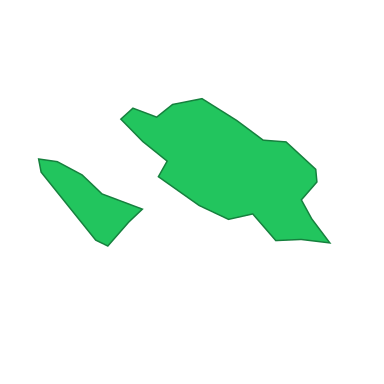 Triesenberg, Mercator projection, rotated 131°
{"feature_id": "LIE-4892", "entity_name": "Triesenberg", "entity_type": "state/province", "adm_level": 1, "iso_a3": "LIE", "parent_name": "Liechtenstein", "parent_adm1": "", "projection": "mercator", "projection_center": [9.569, 47.119], "detail": "fine", "context": "isolated", "style": "filled", "palette": "green", "viewbox_px": 384, "rotation_deg": 131, "n_neighbors": 0, "source": "natural_earth", "source_scale": "10m", "svg_char_len": 550}
<svg xmlns="http://www.w3.org/2000/svg" viewBox="0 0 384 384"><g transform="rotate(131 192 192)"><path d="M167.5,291.6L158.7,267.8L138.7,264.1L115.0,245.7L108.7,205.3L106.2,172.3L92.5,153.9L93.7,113.5L102.5,104.3L126.2,104.3L133.7,84.1L140.0,54.6L156.2,78.5L173.7,96.9L168.7,131.8L188.7,146.5L197.5,177.8L202.5,227.4L185.0,231.0L186.2,262.2L183.7,293.5L167.5,291.6ZM288.0,220.1L291.5,233.1L276.0,318.9L267.7,329.4L257.5,313.6L251.2,286.1L252.5,258.6L237.5,218.2L256.2,220.0L288.0,220.1Z" fill="#22c55e" stroke="#15803d" stroke-width="1.5"/></g></svg>